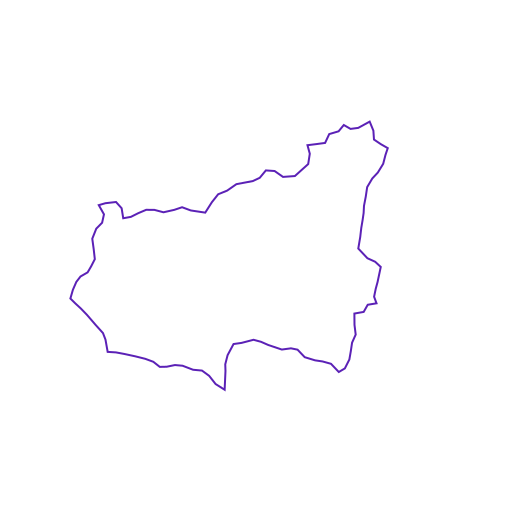 Lagoa Seca, Paraíba, Brazil, rotated 318°
{"feature_id": "56859067B23041586194223", "entity_name": "Lagoa Seca", "entity_type": "district", "adm_level": 2, "iso_a3": "BRA", "parent_name": "Brazil", "parent_adm1": "Paraíba", "projection": "mercator", "projection_center": [-35.864, -7.147], "detail": "fine", "context": "isolated", "style": "outline", "palette": "violet", "viewbox_px": 512, "rotation_deg": 318, "n_neighbors": 0, "source": "geoboundaries", "source_scale": "gbopen_adm2", "svg_char_len": 1582}
<svg xmlns="http://www.w3.org/2000/svg" viewBox="0 0 512 512"><g transform="rotate(318 256 256)"><path d="M313.9,371.8L316.5,365.3L323.0,360.5L328.9,356.7L341.4,347.6L340.7,340.0L337.3,332.2L337.0,318.9L346.2,311.6L353.0,305.6L359.3,300.6L364.7,296.1L369.8,291.0L377.2,285.4L384.7,279.2L394.3,276.2L402.4,275.5L412.2,272.6L419.9,267.5L426.1,264.0L423.6,256.4L421.6,248.4L427.1,241.4L430.4,232.2L417.7,229.2L411.3,224.8L408.9,217.4L400.8,218.6L392.0,214.4L383.0,218.2L375.4,213.0L368.4,208.1L364.4,216.0L356.3,222.6L347.9,222.6L338.4,222.6L329.0,215.3L326.7,205.3L320.6,199.0L311.1,200.4L303.8,198.2L289.5,189.5L278.3,188.1L269.2,184.8L259.2,186.5L247.3,189.8L238.0,178.5L233.7,170.3L226.1,167.0L216.5,161.6L211.4,153.8L205.3,148.2L197.2,145.4L189.2,143.2L182.6,139.1L188.1,130.6L188.1,122.2L179.4,116.0L173.2,113.0L170.9,123.3L163.9,128.3L155.6,128.8L145.9,133.6L139.9,142.4L134.1,150.5L126.5,153.4L119.9,155.5L111.9,153.8L105.2,155.0L97.3,158.6L89.6,163.4L90.0,170.3L90.7,177.8L91.0,186.5L90.7,199.8L90.7,210.9L88.2,217.4L81.6,228.0L87.4,233.9L92.6,240.7L99.1,249.7L104.9,258.3L108.9,265.9L110.3,274.0L115.5,278.5L122.8,282.8L128.0,288.4L133.1,298.4L139.2,305.0L141.0,313.7L140.3,324.1L143.2,334.4L149.9,327.6L156.4,321.0L160.7,315.9L168.5,310.7L180.4,306.4L187.1,310.9L198.1,316.6L202.3,323.1L205.6,330.4L212.6,342.8L220.2,348.0L224.2,353.4L224.5,363.8L230.1,373.1L234.9,378.9L239.6,386.3L239.9,397.6L246.8,399.0L256.1,395.4L262.6,390.3L269.4,384.7L277.5,381.1L283.1,373.1L290.6,364.6L298.6,369.6L306.4,367.0L313.9,371.8Z" fill="none" stroke="#5b21b6" stroke-width="2"/></g></svg>